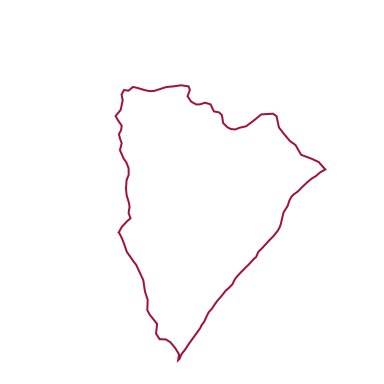 outline of Agios Tychon, Limassol, Cyprus, rotated 321°
{"feature_id": "46923920B2520611836654", "entity_name": "Agios Tychon", "entity_type": "district", "adm_level": 2, "iso_a3": "CYP", "parent_name": "Cyprus", "parent_adm1": "Limassol", "projection": "albers", "projection_center": [33.134, 34.723], "detail": "fine", "context": "isolated", "style": "outline", "palette": "rose", "viewbox_px": 384, "rotation_deg": 321, "n_neighbors": 0, "source": "geoboundaries", "source_scale": "gbopen_adm2", "svg_char_len": 1749}
<svg xmlns="http://www.w3.org/2000/svg" viewBox="0 0 384 384"><g transform="rotate(321 192 192)"><path d="M75.4,314.0L77.1,313.9L79.3,312.7L82.2,311.3L88.3,309.9L94.1,308.0L112.9,302.9L115.3,301.7L120.0,300.4L125.0,297.9L129.4,295.9L134.5,295.1L139.4,293.5L143.7,292.4L149.6,291.4L155.5,290.0L161.6,289.6L165.5,289.1L168.8,287.5L171.8,286.4L175.6,285.7L180.4,285.1L186.5,284.4L190.1,284.1L198.1,282.9L200.9,282.9L204.9,280.7L206.2,280.2L210.4,279.9L221.5,278.2L227.8,277.5L234.5,276.0L238.3,274.4L241.0,272.7L246.3,268.5L250.3,265.5L253.8,264.3L257.8,262.9L262.2,260.0L266.4,258.2L269.5,257.9L274.6,258.2L281.7,257.4L289.3,256.9L293.6,256.9L298.4,257.6L304.0,257.4L309.8,258.4L309.7,256.8L309.3,248.4L305.6,240.9L300.2,231.8L302.0,220.6L300.2,214.1L300.0,203.8L300.2,196.5L305.4,186.3L304.2,182.1L294.7,175.3L284.3,175.3L275.4,175.0L269.4,172.0L264.9,170.6L261.8,167.5L260.3,164.0L259.6,158.0L262.6,152.9L263.6,150.8L263.1,147.1L259.7,143.1L261.6,135.6L258.3,130.8L253.3,128.9L250.3,126.5L248.2,121.1L248.8,114.8L254.6,111.3L255.8,107.8L250.8,102.3L244.0,98.2L238.2,94.3L232.0,91.9L226.2,89.6L222.8,87.2L219.9,83.8L214.9,76.5L212.2,73.2L206.4,73.3L203.5,70.2L203.4,70.0L198.7,71.8L195.8,77.2L188.2,83.3L180.4,84.9L179.6,89.9L179.1,96.2L176.0,99.2L171.6,101.1L169.6,105.4L168.1,109.8L162.3,114.2L159.9,123.0L159.6,127.7L157.7,133.6L153.6,138.8L148.6,141.6L147.4,142.9L142.8,147.9L139.2,153.3L136.4,160.2L134.2,164.2L129.5,168.4L127.7,173.7L122.9,173.9L115.6,174.9L109.7,177.3L109.8,177.4L108.2,184.6L106.1,191.0L103.7,197.3L102.8,210.0L102.8,213.5L98.7,229.8L92.9,239.6L89.7,247.9L82.9,255.7L81.9,260.9L81.9,272.5L74.9,279.5L74.2,286.0L78.9,290.1L80.7,295.3L80.7,303.1L79.7,310.1L75.4,314.0Z" fill="none" stroke="#9f1239" stroke-width="2"/></g></svg>